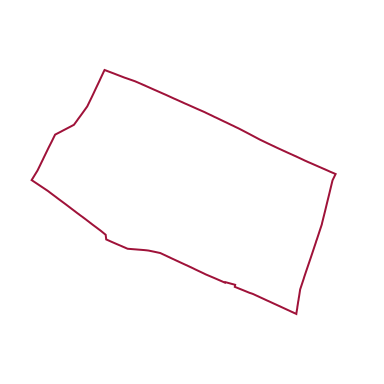 Comuna 3, Ciudad de Buenos Aires, Argentina (Equal Earth projection), rotated 297°
{"feature_id": "61730980B39033896534626", "entity_name": "Comuna 3", "entity_type": "district", "adm_level": 2, "iso_a3": "ARG", "parent_name": "Argentina", "parent_adm1": "Ciudad de Buenos Aires", "projection": "equal_earth", "projection_center": [-58.402, -34.614], "detail": "fine", "context": "isolated", "style": "outline", "palette": "rose", "viewbox_px": 384, "rotation_deg": 297, "n_neighbors": 0, "source": "geoboundaries", "source_scale": "gbopen_adm2", "svg_char_len": 2073}
<svg xmlns="http://www.w3.org/2000/svg" viewBox="0 0 384 384"><g transform="rotate(297 192 192)"><path d="M261.0,58.7L260.0,58.7L250.9,59.0L248.9,59.1L248.7,59.1L241.1,59.3L235.4,59.5L231.6,59.6L221.4,59.8L221.0,59.8L220.6,59.8L212.7,58.6L208.9,58.0L204.8,57.3L203.8,57.2L202.0,56.9L198.3,56.3L195.0,54.0L194.6,53.7L190.8,51.0L188.3,49.2L187.0,48.3L186.4,47.9L181.0,44.0L179.4,44.0L178.5,44.0L173.5,44.1L171.5,44.1L166.4,44.1L156.5,44.3L155.8,44.3L152.9,44.4L151.9,44.4L147.0,44.5L141.0,44.6L129.8,43.7L128.4,55.6L127.5,63.1L127.3,64.3L127.1,65.3L125.1,76.7L123.7,85.1L122.5,91.7L121.0,100.0L120.8,101.5L120.7,101.7L119.5,109.0L117.8,118.1L116.0,128.5L115.8,129.4L114.7,134.5L110.8,137.1L111.1,143.1L111.4,148.0L112.2,160.4L115.3,167.9L118.4,175.4L119.3,177.7L120.1,179.9L121.5,185.0L123.2,191.4L123.6,203.6L124.0,214.5L124.5,227.7L124.5,229.6L124.8,239.8L124.8,241.5L125.5,251.2L126.2,262.6L126.8,262.5L128.9,272.6L126.9,273.2L127.7,282.0L128.3,289.2L128.6,290.9L128.8,292.4L129.3,305.0L129.4,308.1L129.5,309.6L129.7,314.9L130.1,324.4L130.3,329.7L130.7,340.3L132.1,339.8L136.3,338.5L137.3,338.1L139.5,337.4L142.8,336.3L143.9,336.0L145.1,335.6L145.9,335.3L147.0,335.0L154.3,332.6L165.5,330.9L167.1,330.6L173.1,329.7L174.5,329.5L187.7,327.6L195.7,326.4L203.6,325.2L204.5,325.0L206.3,324.8L212.8,323.8L214.0,323.6L221.9,322.4L222.4,322.3L223.0,322.1L233.8,319.6L234.2,319.5L234.7,319.4L244.3,317.1L251.6,315.4L259.1,313.6L265.4,312.1L266.3,311.9L273.2,311.8L273.1,309.9L272.8,306.1L272.7,303.4L272.1,293.3L271.6,284.6L271.4,281.9L271.3,279.4L271.2,277.9L271.2,276.8L271.0,270.4L270.5,259.7L270.1,250.3L270.0,247.4L269.7,237.2L269.5,228.5L269.7,216.7L269.8,207.2L269.8,205.9L269.8,204.2L269.7,201.2L269.7,198.8L269.6,196.7L269.5,191.0L269.4,188.8L269.2,179.6L269.1,178.1L269.1,176.2L268.9,169.0L268.9,167.4L268.8,165.4L268.4,158.8L268.3,156.8L267.8,147.2L267.7,146.1L267.2,135.2L267.1,134.0L266.7,124.3L266.6,122.9L266.1,113.8L266.0,112.3L265.5,102.7L264.8,91.0L263.5,81.4L263.3,80.2L262.3,70.6L262.2,69.4L261.0,58.7Z" fill="none" stroke="#9f1239" stroke-width="2"/></g></svg>